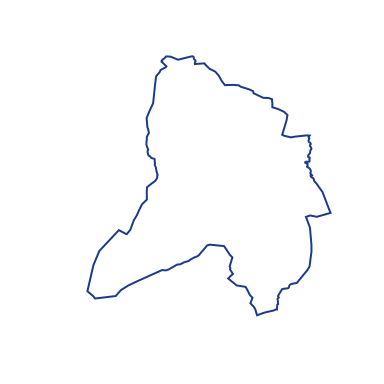 Takai, Kano, Nigeria (Mercator projection), rotated 163°
{"feature_id": "59680162B89970230221745", "entity_name": "Takai", "entity_type": "district", "adm_level": 2, "iso_a3": "NGA", "parent_name": "Nigeria", "parent_adm1": "Kano", "projection": "mercator", "projection_center": [9.174, 11.48], "detail": "fine", "context": "isolated", "style": "outline", "palette": "blue", "viewbox_px": 384, "rotation_deg": 163, "n_neighbors": 0, "source": "geoboundaries", "source_scale": "gbopen_adm2", "svg_char_len": 3280}
<svg xmlns="http://www.w3.org/2000/svg" viewBox="0 0 384 384"><g transform="rotate(163 192 192)"><path d="M321.0,127.7L316.7,120.9L315.9,118.5L295.4,114.8L288.6,119.0L280.3,121.2L272.4,122.4L254.6,124.7L243.4,126.1L240.1,124.7L237.1,124.7L227.7,126.9L224.0,126.3L220.3,127.1L215.4,127.0L213.1,127.9L209.0,128.7L205.7,129.0L204.0,129.5L193.1,136.5L190.2,136.4L177.2,130.9L175.6,125.8L174.3,121.2L172.5,117.6L177.7,109.9L177.6,107.9L178.3,106.9L176.8,101.6L179.9,100.3L182.7,98.7L176.6,89.6L168.5,85.6L167.8,82.7L166.9,77.0L166.7,76.4L165.1,73.1L168.7,68.5L166.5,64.2L165.8,61.5L165.8,55.1L158.3,55.5L154.8,55.3L150.8,55.0L148.2,54.8L146.5,55.2L145.1,54.8L144.6,56.4L144.0,57.8L143.4,59.3L142.3,59.7L142.3,60.8L141.8,62.4L141.5,64.7L139.9,65.7L140.2,67.4L134.3,72.7L132.2,72.6L128.7,71.9L128.0,72.0L127.4,72.3L127.0,72.8L126.7,73.4L126.2,74.1L125.5,74.6L124.1,75.0L118.3,74.4L104.4,83.7L101.5,86.2L95.2,100.0L93.2,106.7L89.6,123.5L90.3,134.9L85.9,135.0L79.9,131.8L65.6,131.5L66.0,135.7L66.0,135.8L67.2,153.8L70.9,164.8L71.6,165.8L71.9,167.2L71.8,168.8L72.2,170.1L72.8,170.5L73.9,172.1L73.8,172.9L73.2,173.0L72.4,172.9L72.7,174.0L73.4,174.7L73.2,175.8L72.4,176.7L72.2,177.8L72.4,179.4L73.6,181.6L74.5,182.2L74.5,182.8L74.0,183.4L73.6,183.9L73.3,184.9L73.3,185.2L73.9,185.6L74.6,186.1L75.0,186.7L75.1,187.3L74.8,187.6L74.5,187.7L73.9,187.6L73.2,187.1L72.2,187.1L70.9,186.8L70.7,187.1L70.4,187.4L70.3,187.7L70.2,188.4L70.1,189.2L69.8,189.7L69.5,190.0L69.5,190.7L70.0,191.0L70.6,191.4L70.6,192.0L70.4,192.8L70.2,193.0L69.2,193.7L68.2,194.4L67.8,194.7L67.1,196.3L66.4,197.3L65.8,197.8L65.4,198.2L65.1,198.6L65.3,200.1L65.4,200.8L65.6,201.3L65.7,201.8L65.5,202.1L65.1,202.7L64.7,202.8L64.4,203.3L64.4,203.9L64.7,204.6L65.3,205.2L65.7,206.0L65.5,207.1L64.9,208.1L64.1,208.9L64.1,209.2L64.5,209.8L64.5,210.2L64.2,210.8L63.4,211.2L63.0,211.5L65.7,212.6L76.6,214.7L81.6,215.4L87.5,218.9L89.0,220.3L80.7,232.8L78.2,237.7L80.5,241.7L85.3,246.1L90.4,249.6L89.3,252.9L88.4,257.4L91.4,259.5L96.4,261.3L104.2,268.4L104.1,270.6L107.4,273.5L114.7,278.5L116.0,280.3L120.7,282.2L129.3,284.6L131.3,290.1L132.4,295.6L134.7,300.5L139.2,304.7L142.1,310.1L142.5,311.4L151.8,313.5L151.3,315.1L150.4,315.9L150.3,317.1L151.1,318.1L151.2,319.2L150.9,320.3L151.3,321.2L152.4,321.8L166.7,322.6L172.9,327.7L177.0,329.2L180.1,327.5L181.4,327.4L181.6,327.1L182.5,326.5L182.2,325.9L183.0,325.4L179.7,319.7L180.5,319.0L186.3,317.9L187.9,316.1L192.5,313.1L196.3,304.6L203.2,288.3L209.2,281.6L213.8,275.9L215.7,267.1L215.6,265.1L215.9,261.1L217.3,259.8L219.2,257.7L219.7,255.8L220.8,253.4L221.8,250.6L221.7,247.5L221.5,245.2L222.5,244.4L222.9,242.5L222.9,239.5L221.6,238.3L220.9,236.4L218.3,234.7L218.1,234.3L218.3,233.5L218.8,232.1L218.9,231.6L218.8,230.8L219.7,228.9L219.4,225.8L219.9,222.4L219.9,218.9L219.9,218.7L220.0,218.7L220.1,218.4L220.2,218.2L220.3,218.1L220.3,217.9L220.4,217.7L220.5,217.6L220.5,217.4L220.6,217.2L220.7,216.9L220.8,216.8L220.8,216.7L220.9,216.4L221.0,216.2L221.0,215.9L223.7,213.5L225.7,212.7L228.9,211.6L233.7,209.7L235.5,204.4L237.4,197.9L243.5,194.8L247.9,190.1L251.7,185.7L255.8,182.1L262.0,173.9L266.1,171.2L266.3,171.1L266.5,170.9L267.1,170.9L268.9,172.7L273.1,176.9L276.8,174.8L297.9,162.7L307.7,150.8L315.2,137.8L321.0,127.7Z" fill="none" stroke="#1e3a8a" stroke-width="2"/></g></svg>